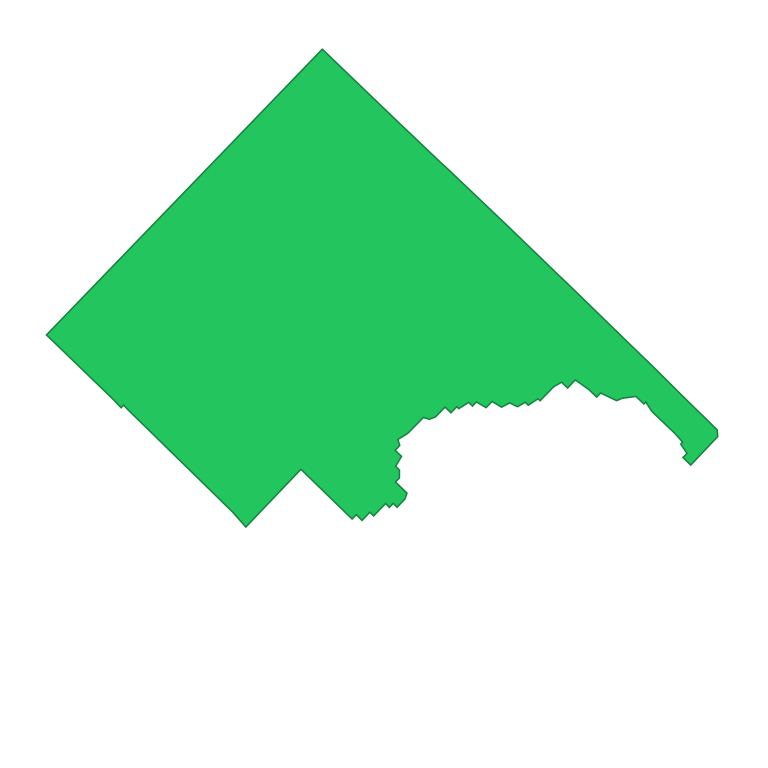 Lassen, California, United States of America (Natural Earth projection), rotated 314°
{"feature_id": "52423323B86430023400928", "entity_name": "Lassen", "entity_type": "district", "adm_level": 2, "iso_a3": "USA", "parent_name": "United States of America", "parent_adm1": "California", "projection": "natural_earth1", "projection_center": [-120.457, 40.446], "detail": "fine", "context": "isolated", "style": "filled", "palette": "green", "viewbox_px": 768, "rotation_deg": 314, "n_neighbors": 0, "source": "geoboundaries", "source_scale": "gbopen_adm2", "svg_char_len": 1251}
<svg xmlns="http://www.w3.org/2000/svg" viewBox="0 0 768 768"><g transform="rotate(314 384 384)"><path d="M582.5,655.4L582.5,651.0L582.7,633.8L582.6,633.5L582.8,607.0L583.4,567.5L583.4,524.2L583.5,522.1L583.5,516.8L583.5,503.7L583.7,452.6L583.7,452.2L583.6,430.5L583.6,430.3L583.6,363.5L583.0,280.6L582.7,269.7L582.4,226.3L582.4,225.7L582.3,223.6L582.0,107.0L432.4,107.1L184.8,107.1L184.8,200.5L184.3,211.4L188.0,211.3L187.6,217.7L186.7,364.4L185.1,384.0L264.9,383.5L264.7,454.9L270.7,454.9L270.6,463.0L281.9,462.9L281.9,468.2L299.2,468.2L298.9,473.6L304.6,473.6L304.4,479.1L315.8,479.0L321.5,476.3L321.5,460.4L327.1,460.4L332.8,455.0L332.9,449.5L344.2,446.9L344.0,438.2L350.8,438.0L353.7,432.5L365.0,435.4L387.3,435.6L390.1,441.1L396.0,443.9L409.8,444.0L409.8,452.1L418.2,452.2L418.2,454.9L429.6,457.7L429.6,463.0L435.3,463.0L437.9,473.9L446.5,473.9L449.0,484.7L457.7,487.5L460.4,495.8L469.0,498.4L468.9,502.5L480.3,505.1L480.3,507.9L500.2,508.0L508.7,510.6L508.6,518.9L519.8,518.8L522.3,535.1L522.3,546.1L528.0,546.1L533.6,562.9L539.2,565.3L550.1,573.9L550.1,584.8L552.9,584.8L550.3,595.7L550.5,628.4L549.6,639.1L546.9,639.2L544.5,650.2L538.8,650.1L538.7,661.0L578.1,660.6L582.5,655.4Z" fill="#22c55e" stroke="#15803d" stroke-width="1.5"/></g></svg>